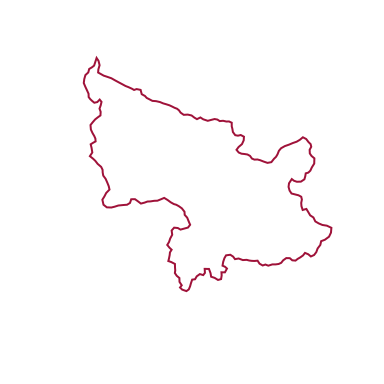 Itambé do Mato Dentro, Minas Gerais, Brazil, rotated 23°
{"feature_id": "56859067B50923424143790", "entity_name": "Itambé do Mato Dentro", "entity_type": "district", "adm_level": 2, "iso_a3": "BRA", "parent_name": "Brazil", "parent_adm1": "Minas Gerais", "projection": "orthographic", "projection_center": [-43.352, -19.41], "detail": "fine", "context": "isolated", "style": "outline", "palette": "rose", "viewbox_px": 384, "rotation_deg": 23, "n_neighbors": 0, "source": "geoboundaries", "source_scale": "gbopen_adm2", "svg_char_len": 3623}
<svg xmlns="http://www.w3.org/2000/svg" viewBox="0 0 384 384"><g transform="rotate(23 192 192)"><path d="M326.6,204.9L329.0,202.3L329.9,198.8L329.7,194.9L330.8,190.6L330.1,186.8L333.0,184.0L335.6,179.6L335.8,175.1L334.3,170.5L329.3,170.3L324.9,171.4L320.9,171.4L317.0,170.9L313.7,168.0L309.9,167.3L307.2,165.3L303.9,162.9L300.9,165.3L298.3,162.3L296.8,159.4L296.1,156.0L294.4,153.7L291.3,153.4L288.2,153.9L284.2,154.5L281.3,152.6L278.9,149.6L277.9,146.1L278.8,141.1L281.4,141.8L284.5,141.6L288.2,139.9L290.5,136.4L290.1,133.2L289.4,130.4L291.5,128.7L292.6,126.1L292.7,122.6L293.4,118.1L291.5,113.2L287.9,112.1L285.4,110.5L283.8,107.2L284.1,103.8L282.5,101.6L279.7,100.5L276.4,98.6L272.7,98.3L270.9,101.8L268.7,104.8L265.7,107.5L262.9,110.4L259.5,113.5L256.9,116.9L255.9,120.1L256.0,123.9L255.6,126.8L254.5,129.4L253.4,133.5L250.1,135.7L245.9,136.0L242.3,136.1L239.5,136.5L236.8,137.8L234.1,137.8L231.3,136.1L228.4,135.8L225.6,136.5L222.6,137.4L219.6,137.4L216.5,135.8L217.3,132.4L219.3,128.4L219.4,124.2L218.2,120.8L214.6,120.5L212.3,122.2L209.6,122.8L206.2,120.8L204.5,118.1L202.9,116.0L201.5,112.7L198.5,112.6L196.1,113.7L192.8,114.3L189.8,115.9L187.1,115.4L184.3,116.0L181.4,118.2L178.7,120.3L173.9,120.7L170.6,120.1L168.1,123.0L165.1,122.6L161.7,121.7L157.9,122.4L154.2,124.2L150.5,123.4L148.1,121.9L145.7,121.2L143.1,121.3L140.2,121.1L137.4,121.0L134.1,121.3L130.8,121.7L127.5,121.7L123.5,122.4L119.9,123.6L116.4,123.3L113.5,123.1L111.2,122.0L107.5,121.6L104.8,118.1L100.8,118.9L98.8,120.7L96.2,120.4L92.4,120.3L89.4,120.4L86.4,120.1L81.9,119.7L77.6,119.3L73.3,118.8L68.9,119.1L65.2,119.4L62.6,119.1L58.9,118.7L57.9,115.7L57.4,111.4L54.7,107.8L51.8,105.9L52.2,110.4L52.5,113.9L51.2,116.3L49.3,118.9L49.8,122.5L48.2,126.0L48.7,130.1L49.8,134.0L52.9,137.0L55.8,139.6L58.4,142.0L59.8,145.0L62.1,146.3L64.5,147.2L67.2,148.0L69.7,146.2L70.9,143.0L73.5,144.4L74.1,147.9L74.3,151.4L76.6,153.9L77.8,157.3L76.1,160.1L74.5,163.0L73.4,166.4L72.4,170.0L74.5,174.0L77.5,176.7L80.2,178.7L82.2,180.6L83.5,183.1L81.9,185.1L80.1,187.7L82.3,190.6L84.8,194.6L84.0,198.9L87.9,200.0L90.8,201.1L94.2,203.0L98.6,204.4L101.0,206.5L102.2,209.0L103.9,211.6L107.3,213.6L110.3,216.4L113.1,219.2L115.1,222.0L113.4,226.4L113.1,230.3L112.5,234.1L115.5,238.3L119.6,239.4L123.8,237.8L126.6,235.7L129.5,233.2L133.9,230.8L137.2,229.1L139.2,226.3L138.9,222.4L142.4,220.9L145.9,221.7L149.5,222.6L152.5,220.3L154.7,218.2L157.4,216.9L160.6,214.9L163.6,213.5L166.1,211.0L168.7,208.3L172.7,208.9L176.5,209.8L180.0,210.2L182.5,209.9L185.4,210.2L189.0,211.0L192.8,213.1L194.2,215.9L197.6,217.5L200.5,220.4L203.1,222.9L202.2,226.3L198.9,228.9L196.1,231.1L193.0,230.7L189.5,231.8L188.3,235.4L190.5,239.1L190.1,243.4L190.4,246.9L189.9,250.4L193.1,252.1L195.8,253.1L195.3,256.2L196.1,258.8L196.8,262.2L197.2,264.8L200.3,264.6L204.4,264.9L205.8,268.0L207.2,270.7L207.9,273.3L210.7,275.1L214.0,276.1L215.6,279.6L219.0,281.9L218.3,284.6L221.1,285.7L225.6,285.4L227.1,282.9L227.1,279.6L226.7,276.6L226.4,272.6L228.9,271.1L229.3,267.8L231.3,264.5L234.8,264.1L235.5,261.4L233.7,257.8L237.7,256.2L240.8,259.5L242.7,262.5L246.4,262.2L250.3,262.8L252.8,260.8L251.9,257.2L250.5,254.4L253.7,253.1L254.1,248.8L251.5,247.9L248.9,247.9L248.0,244.1L247.7,240.2L248.1,237.0L251.8,234.8L255.1,235.4L257.8,237.0L260.9,235.0L265.4,234.8L268.8,233.1L271.5,232.7L274.0,232.0L276.4,231.1L279.2,229.6L282.2,231.6L285.8,232.0L287.9,230.1L291.0,230.0L294.2,227.3L297.2,226.0L299.9,224.4L301.8,222.3L302.6,219.3L304.6,216.0L307.9,214.7L311.0,215.7L314.1,214.7L315.4,212.3L317.2,209.9L319.0,207.0L319.8,203.9L323.4,203.9L326.6,204.9Z" fill="none" stroke="#9f1239" stroke-width="2"/></g></svg>